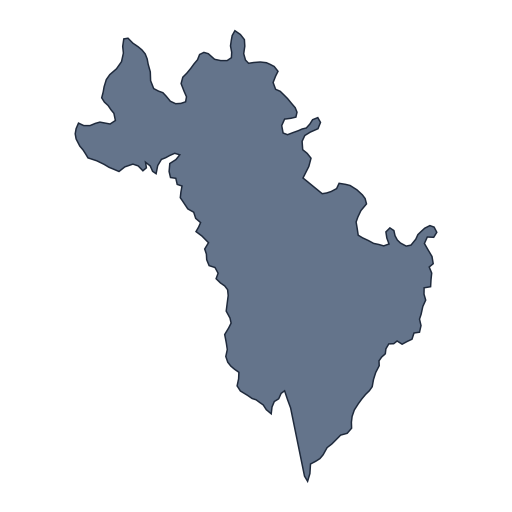 Palmeira, Santa Catarina, Brazil
{"feature_id": "56859067B29922311879883", "entity_name": "Palmeira", "entity_type": "district", "adm_level": 2, "iso_a3": "BRA", "parent_name": "Brazil", "parent_adm1": "Santa Catarina", "projection": "natural_earth1", "projection_center": [-50.169, -27.574], "detail": "fine", "context": "isolated", "style": "filled", "palette": "slate", "viewbox_px": 512, "rotation_deg": 0, "n_neighbors": 0, "source": "geoboundaries", "source_scale": "gbopen_adm2", "svg_char_len": 3453}
<svg xmlns="http://www.w3.org/2000/svg" viewBox="0 0 512 512"><path d="M225.8,356.5L227.8,362.3L230.9,366.2L234.6,369.3L238.9,372.3L238.6,378.9L237.1,385.9L240.4,391.0L247.3,395.2L252.1,398.5L256.1,399.8L259.6,402.4L263.2,404.9L266.3,409.7L271.2,413.8L272.0,407.0L274.3,401.5L278.7,398.8L281.1,393.4L284.6,390.8L287.5,399.5L290.6,407.9L304.5,476.1L307.6,481.3L309.9,473.6L310.5,464.0L316.0,461.1L319.9,458.6L323.1,454.8L327.1,447.6L331.9,443.9L335.9,439.9L340.6,435.1L347.2,433.3L351.6,428.2L351.4,422.2L352.1,416.4L354.3,410.0L358.4,403.6L362.0,398.7L365.6,394.4L369.3,390.8L372.2,386.7L373.5,379.5L375.7,372.5L379.2,365.7L379.0,360.8L381.7,357.0L385.3,353.8L385.9,348.8L388.8,343.9L393.7,343.7L397.1,341.0L402.1,344.2L407.1,341.5L412.0,339.2L414.0,333.0L419.5,332.2L421.0,325.6L419.5,319.1L421.1,314.3L422.8,306.5L425.7,300.1L424.0,294.2L424.1,287.8L430.6,286.7L431.0,279.7L431.7,273.1L429.2,267.0L433.2,263.7L432.0,256.5L427.9,249.6L424.4,243.5L427.3,237.0L433.7,237.3L436.8,232.3L434.1,227.1L429.9,225.6L424.7,228.2L421.0,231.6L417.9,234.6L415.8,239.2L411.0,245.1L406.2,246.1L400.4,243.0L397.3,240.0L395.0,235.7L393.9,230.6L389.9,227.9L385.9,231.9L386.8,237.9L389.0,244.0L383.7,245.9L378.9,244.5L373.6,243.4L368.5,240.6L362.5,237.8L358.2,235.2L357.2,228.5L356.1,222.0L357.9,216.9L360.9,210.6L366.5,203.9L365.1,198.5L362.4,194.9L356.9,189.8L350.1,185.5L345.7,184.4L339.1,183.3L336.6,188.6L331.2,191.5L326.6,193.0L322.2,193.7L303.0,178.0L305.8,172.4L308.8,166.5L311.0,158.2L307.2,153.4L302.7,149.7L302.1,141.3L304.8,135.5L310.3,132.1L318.0,128.7L320.5,122.4L317.8,117.6L312.6,119.7L309.9,124.0L306.3,128.0L302.1,129.0L298.3,130.7L293.0,132.6L287.5,134.7L283.1,133.0L281.7,125.6L284.6,119.1L290.8,118.3L295.9,117.1L297.0,112.2L295.2,107.7L291.1,102.9L287.5,98.5L283.8,94.8L280.2,91.3L275.6,89.3L273.1,82.5L275.6,76.1L278.0,71.3L274.2,66.5L270.2,64.4L266.4,62.7L260.3,62.0L253.7,62.5L248.6,63.3L245.5,60.1L243.7,53.7L244.8,46.2L244.4,39.6L240.4,34.5L234.9,30.7L232.2,35.5L231.3,40.3L230.5,45.9L231.7,52.3L231.4,57.7L227.1,60.6L220.7,60.6L214.6,59.3L208.3,53.7L203.9,52.4L199.6,54.5L197.5,59.8L194.1,63.8L190.6,68.6L186.8,73.2L182.8,77.2L181.1,83.6L184.0,91.1L186.5,96.8L185.6,101.8L180.9,103.4L175.6,103.7L170.3,101.2L166.1,96.1L162.9,92.7L158.5,91.1L153.7,88.6L150.6,80.7L150.3,71.9L148.1,64.0L147.2,59.0L145.2,53.9L142.0,50.0L138.2,46.8L132.9,43.2L128.0,38.2L123.8,38.9L122.7,46.4L123.4,53.1L121.5,61.7L116.5,68.8L109.8,74.6L106.3,79.6L104.1,86.8L103.2,92.0L101.7,97.8L104.4,102.1L108.1,105.5L111.0,109.8L113.9,113.3L115.4,120.5L110.1,124.0L105.2,123.1L99.9,122.1L95.3,123.4L90.0,125.6L83.8,125.6L78.5,123.1L76.1,128.7L75.2,133.8L76.1,138.9L79.8,146.1L83.1,150.0L85.6,153.9L88.0,157.9L92.0,159.2L96.8,160.8L104.0,164.3L109.0,167.3L114.1,169.4L119.0,171.5L124.8,166.9L132.9,164.1L138.2,165.9L142.9,170.8L146.4,167.8L145.5,162.2L150.2,165.9L152.6,171.3L156.1,173.7L157.7,165.6L161.4,159.4L165.7,157.7L169.7,155.5L174.7,153.3L179.8,154.8L175.9,159.6L169.8,163.5L169.1,171.5L170.5,177.5L175.8,178.3L177.2,184.4L182.0,186.0L180.9,192.2L180.3,197.7L183.5,202.4L187.8,208.9L193.7,212.2L195.7,218.4L200.6,222.6L198.6,227.1L196.0,231.6L201.9,236.0L208.5,242.7L204.7,249.0L206.4,254.1L206.7,259.7L209.1,265.6L215.0,267.5L218.1,273.2L216.1,278.7L220.5,283.0L224.7,285.9L227.6,289.7L228.2,295.6L227.4,301.7L226.2,311.1L230.0,318.1L231.1,323.1L228.7,327.9L224.7,334.5L226.3,342.9L227.3,349.5L225.8,356.5Z" fill="#64748b" stroke="#1e293b" stroke-width="1.5"/></svg>